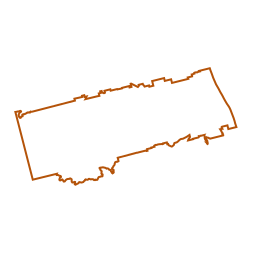 outline of Waroona, Western Australia, Australia, rotated 166°
{"feature_id": "25037944B30802850607008", "entity_name": "Waroona", "entity_type": "district", "adm_level": 2, "iso_a3": "AUS", "parent_name": "Australia", "parent_adm1": "Western Australia", "projection": "orthographic", "projection_center": [115.907, -32.849], "detail": "fine", "context": "isolated", "style": "outline", "palette": "amber", "viewbox_px": 256, "rotation_deg": 166, "n_neighbors": 0, "source": "geoboundaries", "source_scale": "gbopen_adm2", "svg_char_len": 5439}
<svg xmlns="http://www.w3.org/2000/svg" viewBox="0 0 256 256"><g transform="rotate(166 128 128)"><path d="M233.4,170.8L232.9,100.9L208.3,100.8L208.7,100.3L208.7,99.8L208.6,99.6L207.3,99.4L207.0,99.0L206.1,98.3L205.1,97.8L204.8,97.2L205.0,96.6L205.5,96.5L206.2,96.1L206.3,95.8L206.9,95.0L207.1,94.5L207.1,94.2L206.8,93.7L206.5,93.6L206.1,93.5L205.0,93.8L204.5,94.0L204.1,93.9L204.0,93.7L203.8,93.1L203.5,92.1L203.4,91.7L203.2,91.5L202.3,91.5L202.1,91.6L201.5,92.2L200.7,92.7L199.6,93.1L198.4,93.1L197.5,92.8L196.4,93.1L196.2,92.9L195.9,92.8L195.6,92.5L195.1,91.8L195.3,91.2L195.5,90.0L195.6,89.5L195.2,88.6L194.4,88.5L193.5,88.4L193.3,88.6L193.1,88.7L192.6,88.5L192.4,88.4L192.5,87.8L193.0,86.9L193.2,86.7L193.3,86.5L193.2,86.2L192.7,85.7L190.9,86.1L189.5,86.4L188.4,87.3L187.5,86.9L186.5,86.4L186.0,86.3L184.4,86.4L184.1,86.7L183.6,87.1L182.7,87.4L182.2,87.8L182.2,88.1L181.6,88.4L180.1,87.6L179.0,87.7L178.5,88.1L178.1,88.1L177.8,88.0L176.7,87.2L176.4,87.2L176.2,87.1L175.3,87.1L175.0,86.9L174.3,86.7L173.8,86.2L173.6,85.7L172.4,85.4L172.3,85.5L172.3,85.8L172.2,85.8L171.7,85.6L171.6,85.4L171.3,85.3L170.7,85.2L170.3,85.2L170.1,85.5L169.6,85.9L168.8,87.0L168.3,87.4L167.9,87.5L166.8,87.4L166.1,87.6L164.8,87.3L164.6,87.4L164.3,87.6L164.2,88.2L164.0,88.6L163.9,89.1L164.3,89.6L164.6,89.6L164.8,90.3L164.8,90.5L164.5,91.0L164.4,91.4L164.1,92.1L164.0,92.5L164.8,93.6L164.8,94.6L165.3,95.5L165.3,96.0L165.2,96.2L164.9,96.2L164.5,96.1L163.8,96.2L163.1,96.0L162.2,96.0L161.5,95.8L161.2,95.6L160.5,95.3L160.4,95.2L159.7,94.9L159.3,94.6L158.7,93.8L158.2,93.9L157.3,93.6L156.5,92.6L156.4,92.3L156.1,92.1L156.1,91.9L155.5,91.8L155.0,91.4L154.9,91.2L155.0,90.8L155.0,90.1L154.8,89.8L154.5,88.5L154.2,88.0L154.0,87.8L153.9,87.9L153.3,87.9L152.8,88.2L152.5,88.6L152.5,89.4L152.8,89.4L152.9,89.8L152.8,90.1L152.6,90.1L152.3,90.4L152.5,90.5L152.5,91.2L152.8,91.7L153.2,92.1L153.3,92.5L153.2,92.8L151.8,93.9L151.4,94.5L151.0,94.8L150.6,95.0L150.1,95.4L149.7,96.1L149.7,96.3L149.6,96.6L149.2,97.1L149.0,97.5L148.6,97.9L148.4,98.0L148.0,97.9L147.5,98.1L146.3,97.8L145.2,98.2L145.2,101.6L124.9,101.9L125.0,101.9L124.6,101.7L124.3,101.8L115.8,101.8L115.8,101.3L115.7,101.2L114.6,101.2L114.6,102.9L110.1,102.9L110.1,103.4L106.8,103.4L106.8,104.5L105.5,104.9L105.2,104.9L104.2,104.6L103.3,104.8L101.5,104.7L101.3,104.6L99.1,104.3L98.7,104.0L98.4,104.0L97.6,104.1L97.6,104.6L93.8,104.6L93.8,102.8L92.9,102.8L92.8,101.7L92.7,101.4L90.3,99.5L89.9,99.4L89.5,99.5L87.7,100.4L87.2,101.2L86.9,101.8L86.7,102.1L86.4,102.2L84.1,102.3L82.5,103.0L80.9,104.0L79.7,104.4L79.2,104.5L77.3,104.3L76.8,104.4L73.3,105.2L70.0,106.4L70.0,104.3L72.0,102.5L72.7,101.4L67.6,101.4L67.6,101.8L61.9,101.8L61.1,102.4L61.1,102.8L60.7,102.6L60.2,102.7L59.7,103.0L58.9,102.8L58.7,102.8L55.7,102.8L55.8,102.7L55.8,102.2L55.6,101.6L55.9,100.3L56.0,99.3L55.8,98.7L55.7,97.6L55.3,96.7L55.3,95.8L55.2,95.3L55.2,94.1L55.1,93.8L54.8,93.4L54.7,93.5L54.8,93.6L54.6,93.8L54.8,94.1L54.6,94.0L54.6,94.3L54.3,94.6L54.5,95.1L54.4,95.3L54.6,95.4L54.6,95.5L54.3,96.2L54.2,96.8L54.5,97.2L54.6,96.8L54.9,96.9L54.8,97.3L54.8,97.6L55.0,98.2L55.2,98.3L54.9,98.5L55.0,98.8L55.2,99.0L55.1,99.4L54.9,99.6L54.7,99.6L54.7,99.9L54.7,100.0L54.2,100.1L54.0,99.8L53.7,99.7L53.3,99.5L52.6,99.2L51.7,98.4L51.2,98.2L50.9,97.8L37.4,97.8L37.3,98.0L38.0,99.5L37.9,99.8L37.7,99.8L37.5,99.7L37.4,99.7L37.4,100.0L37.6,100.2L37.8,100.9L38.0,101.4L38.3,102.3L38.3,102.6L38.2,102.8L38.4,103.2L38.6,103.6L38.6,103.9L38.7,104.0L38.9,104.5L36.7,104.4L36.9,104.8L36.9,105.2L37.0,105.7L36.9,105.8L37.0,106.0L36.9,106.3L36.5,106.5L30.9,106.5L30.9,102.7L22.6,102.7L22.9,106.7L22.9,108.9L23.1,112.1L24.2,121.1L24.5,122.7L24.9,124.2L26.2,127.7L27.1,130.7L27.9,133.7L28.4,135.9L29.0,138.1L29.7,140.4L30.4,143.3L30.6,144.2L32.0,149.0L33.2,156.2L33.5,159.4L33.6,160.4L34.1,164.4L34.1,165.3L34.2,166.2L45.1,166.2L44.8,165.5L46.3,165.5L47.6,165.2L48.4,165.6L50.1,165.6L50.5,165.4L50.5,164.7L51.6,164.7L52.2,164.4L53.2,164.5L53.2,163.4L53.3,162.6L57.8,162.6L57.6,161.1L74.4,161.1L74.4,164.8L80.9,164.8L80.9,167.7L93.2,167.7L93.2,164.3L93.2,162.9L97.3,162.9L97.3,164.2L101.9,164.2L102.3,165.4L102.8,166.1L103.0,167.3L107.2,167.3L107.2,166.6L107.2,166.4L108.5,165.4L114.2,170.3L114.7,170.3L114.7,167.0L116.7,167.0L116.7,168.4L123.9,168.4L123.9,168.0L124.0,167.9L126.5,167.9L127.6,168.0L128.9,168.0L129.1,168.4L135.7,168.4L135.8,168.4L135.8,169.8L141.8,169.8L141.8,167.9L142.1,167.6L142.8,167.6L143.2,167.7L144.2,168.5L144.4,168.8L144.7,169.8L144.7,170.3L146.1,170.3L146.1,168.6L148.0,168.6L148.0,166.1L150.0,166.2L162.2,166.3L161.6,166.9L161.2,167.9L160.6,168.6L162.5,168.6L162.5,170.4L164.8,170.4L164.8,169.2L172.9,169.4L172.9,167.4L216.8,167.0L217.7,167.1L218.4,167.2L218.6,167.4L218.9,167.1L219.2,167.1L219.4,166.9L219.5,167.1L219.8,167.2L220.2,167.2L220.4,167.2L220.6,167.1L221.1,167.1L221.4,167.1L221.6,167.3L221.8,167.2L222.2,167.3L222.6,167.2L222.8,167.0L223.1,166.9L223.3,166.8L224.4,166.7L224.6,166.5L225.1,166.4L226.0,166.7L226.3,166.7L226.6,166.6L226.8,166.6L227.3,166.5L227.4,166.1L227.2,165.4L227.2,165.2L227.5,164.9L227.8,165.0L228.0,164.9L228.8,164.9L229.1,164.6L229.3,164.2L230.0,163.7L230.3,163.2L230.2,164.3L230.7,164.8L230.9,165.0L231.0,165.4L231.0,166.7L230.8,167.3L230.7,167.7L230.2,168.2L229.8,168.7L229.4,169.1L229.3,169.4L229.0,169.3L228.2,169.5L227.8,169.8L227.8,170.2L228.1,170.5L228.4,170.7L228.8,170.7L230.0,170.5L230.4,170.6L231.0,170.7L232.5,170.7L233.4,170.8Z" fill="none" stroke="#b45309" stroke-width="2"/></g></svg>